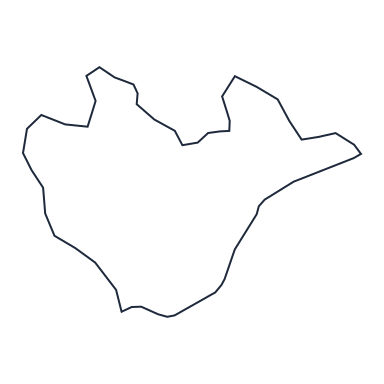 Cəbrayıl, orthographic projection
{"feature_id": "AZE-1699", "entity_name": "Cəbrayıl", "entity_type": "District", "adm_level": 1, "iso_a3": "AZE", "parent_name": "Azerbaijan", "parent_adm1": "", "projection": "orthographic", "projection_center": [46.951, 39.318], "detail": "fine", "context": "isolated", "style": "outline", "palette": "slate", "viewbox_px": 384, "rotation_deg": 0, "n_neighbors": 0, "source": "natural_earth", "source_scale": "10m", "svg_char_len": 875}
<svg xmlns="http://www.w3.org/2000/svg" viewBox="0 0 384 384"><path d="M211.0,294.8L174.6,315.4L167.3,316.8L158.2,314.3L141.2,306.7L131.7,307.0L121.6,311.7L121.5,311.4L116.1,289.9L95.2,262.6L75.3,248.1L54.5,235.8L45.2,213.5L43.1,187.7L31.6,170.2L23.0,153.1L27.0,128.8L41.3,115.0L59.4,122.1L61.6,123.0L65.2,124.4L87.6,126.7L91.8,113.3L94.8,103.6L95.6,100.9L90.8,87.8L86.4,75.9L99.4,67.2L100.6,68.0L114.6,77.4L124.1,80.9L133.5,84.5L137.6,93.4L136.7,104.2L154.3,119.5L174.8,130.8L182.4,145.2L197.7,142.6L208.1,133.0L220.0,131.4L229.3,130.9L229.7,120.8L227.3,112.9L222.1,96.4L225.6,90.9L234.9,76.2L256.7,86.9L277.7,99.4L289.3,120.9L301.6,139.6L318.1,137.0L335.6,133.1L354.1,144.7L360.8,153.7L361.0,153.9L353.9,158.0L293.6,181.7L264.7,199.6L258.8,206.3L256.7,214.2L234.8,249.4L224.6,279.1L221.5,284.9L215.2,292.5L211.0,294.8Z" fill="none" stroke="#1e293b" stroke-width="2"/></svg>